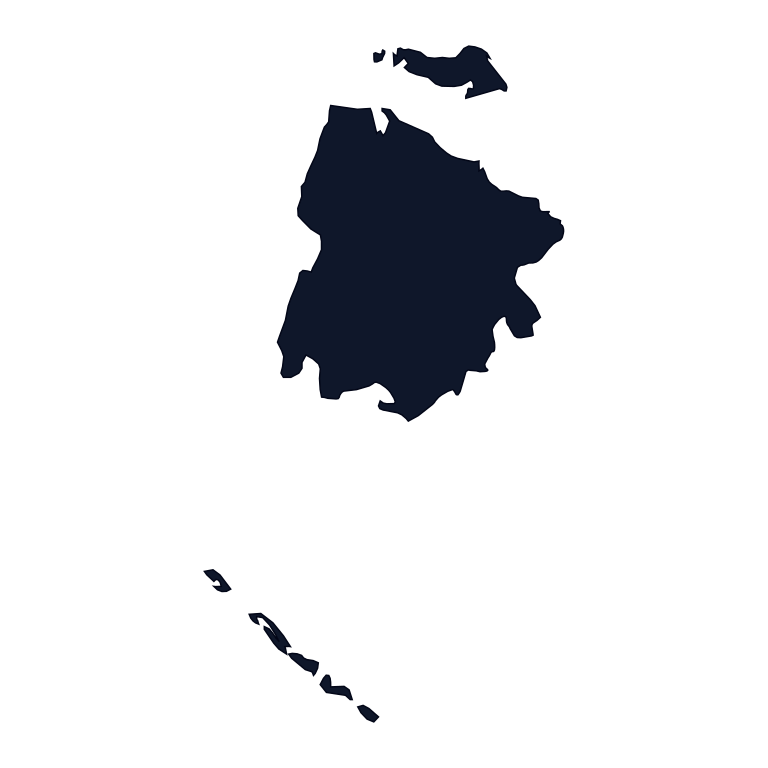 Ciego de Ávila, Equal Earth projection
{"feature_id": "CUB-1363", "entity_name": "Ciego de Ávila", "entity_type": "Province", "adm_level": 1, "iso_a3": "CUB", "parent_name": "Cuba", "parent_adm1": "", "projection": "equal_earth", "projection_center": [-78.664, 21.637], "detail": "fine", "context": "isolated", "style": "filled", "palette": "ink", "viewbox_px": 768, "rotation_deg": 0, "n_neighbors": 0, "source": "natural_earth", "source_scale": "10m", "svg_char_len": 4712}
<svg xmlns="http://www.w3.org/2000/svg" viewBox="0 0 768 768"><path d="M330.7,105.5L357.4,109.3L370.2,108.5L371.6,112.1L376.7,133.4L377.7,132.4L380.3,130.9L383.0,135.6L385.5,132.7L389.7,121.1L386.3,115.0L384.4,112.7L382.1,111.0L382.1,108.5L390.2,109.8L398.9,120.7L428.6,133.8L432.4,137.2L434.7,141.9L440.1,147.6L446.4,152.9L451.1,156.0L457.6,158.4L474.0,161.9L479.0,161.0L478.9,163.4L479.1,168.5L479.0,170.9L481.8,169.2L482.9,168.2L484.7,171.8L487.2,178.8L489.2,182.0L491.7,184.3L496.5,187.5L498.7,189.7L500.8,191.2L503.4,191.2L506.3,190.9L508.9,191.1L518.2,195.8L522.4,197.3L535.9,198.5L538.2,200.1L538.8,203.7L539.0,207.8L540.4,211.0L542.7,211.7L549.7,211.6L548.8,212.1L547.9,213.5L550.7,216.8L554.1,218.4L557.6,219.4L560.5,220.7L560.1,223.9L562.4,225.8L563.0,227.1L563.5,229.1L563.6,231.2L563.3,233.3L562.3,237.2L561.3,238.9L559.8,240.2L556.2,241.8L553.0,244.1L548.2,249.2L541.6,257.8L538.6,260.5L536.2,262.0L532.9,262.9L528.7,263.0L524.2,264.8L522.6,265.1L520.8,265.2L518.9,266.4L517.4,267.4L514.3,278.1L516.0,284.4L517.0,285.7L530.3,299.7L535.0,305.7L540.4,317.3L537.0,320.4L533.1,323.0L532.3,324.0L531.9,325.0L531.8,326.5L533.0,333.9L533.1,335.2L531.5,335.9L520.9,337.7L517.2,337.5L514.4,335.8L510.2,328.7L509.3,326.7L507.6,324.6L506.8,322.7L506.5,321.0L506.4,318.8L506.2,317.6L505.7,316.8L505.0,316.4L503.8,316.3L501.5,317.3L498.7,319.5L494.6,324.5L493.0,327.5L492.1,329.5L493.0,336.3L494.4,342.2L494.6,344.4L494.7,347.3L494.5,349.6L494.1,350.9L493.4,351.5L492.0,351.7L491.0,352.4L489.3,355.8L488.0,357.8L484.7,364.0L485.1,366.6L486.0,368.3L487.3,369.3L487.8,370.1L487.0,371.0L485.1,371.4L480.0,371.7L476.3,370.8L470.0,370.3L468.5,369.9L466.0,371.4L463.4,380.4L460.2,391.2L459.4,392.7L457.9,394.8L456.8,394.8L456.1,394.4L455.6,393.5L455.1,392.5L453.7,390.4L453.1,389.8L452.4,389.6L447.7,391.3L441.5,394.9L438.5,397.2L435.3,400.9L434.4,402.4L432.5,404.4L418.3,415.6L408.3,421.1L406.3,418.6L401.8,414.8L397.6,412.8L383.1,410.0L379.8,408.6L378.5,405.9L380.2,400.9L383.3,403.1L386.8,403.8L394.3,403.6L395.3,401.9L394.0,398.2L390.5,392.4L388.7,390.2L385.9,387.6L380.2,383.6L376.2,382.1L374.3,382.5L372.5,383.9L369.1,385.9L356.5,389.6L343.8,391.1L342.4,391.8L340.9,393.4L339.7,395.4L339.2,397.2L338.2,398.6L336.1,398.9L327.8,398.3L324.5,397.4L321.6,397.1L320.2,389.6L319.5,378.4L320.3,368.8L318.7,364.0L312.7,358.7L306.0,355.0L302.0,362.4L302.0,368.3L298.8,373.1L290.9,377.3L283.4,377.3L281.0,373.1L282.6,366.7L283.8,356.6L281.8,350.7L277.5,342.2L279.5,336.4L285.4,320.4L288.2,306.1L291.0,298.1L295.0,288.5L298.1,280.6L299.7,273.1L302.9,270.5L307.3,271.0L311.2,272.1L312.8,267.8L317.6,258.8L321.5,249.7L321.5,241.2L320.4,234.9L316.8,232.7L310.9,229.0L302.5,220.5L298.2,215.7L297.8,208.3L301.8,196.6L301.4,186.5L305.0,182.3L307.3,173.8L310.9,165.8L314.9,157.3L317.6,150.5L320.0,138.8L322.8,131.3L324.4,127.1L326.8,124.5L328.7,121.8L329.5,110.7L330.7,105.5ZM466.8,82.3L461.5,85.2L454.1,86.4L441.8,86.1L435.6,83.8L428.2,77.3L417.0,74.7L409.1,71.6L404.4,67.5L408.3,63.5L404.1,57.7L398.6,62.9L394.1,65.9L393.4,53.5L394.4,54.5L397.0,56.0L397.9,48.8L400.4,48.1L403.3,49.7L405.4,49.8L408.4,49.2L420.4,52.3L427.0,57.5L434.7,58.3L442.4,57.5L449.2,58.3L455.8,57.8L460.1,53.4L463.9,48.5L468.7,46.1L474.9,46.9L481.4,49.1L486.9,53.0L490.0,58.3L489.0,57.8L486.5,56.0L487.7,60.9L505.9,84.1L506.9,87.3L506.1,90.9L504.1,90.9L501.7,89.4L499.5,88.6L465.8,98.3L465.8,96.1L466.3,94.9L467.0,94.0L467.6,92.5L467.8,89.7L468.6,88.4L470.4,88.5L472.2,89.0L473.4,88.6L473.6,85.2L472.6,81.6L470.4,80.0L466.8,82.3ZM290.4,646.6L289.0,646.4L284.8,646.6L285.5,648.7L286.6,654.1L278.9,649.1L273.8,643.2L264.3,629.3L264.3,626.6L269.1,628.9L272.6,633.1L275.7,637.8L279.2,641.8L275.6,634.5L269.6,625.0L262.7,617.6L256.7,616.6L256.7,619.3L257.6,620.6L257.9,621.3L258.0,622.2L258.7,624.1L255.6,622.9L253.0,620.9L250.8,618.1L249.2,614.3L260.8,613.5L272.9,622.8L283.5,635.9L290.4,646.6ZM330.7,686.9L344.1,686.4L349.1,689.9L352.2,699.6L350.2,699.6L345.5,695.3L326.4,692.4L320.2,684.6L323.5,678.3L326.2,675.2L328.8,675.5L330.1,678.3L330.6,682.1L330.7,686.9ZM303.6,658.0L306.8,659.6L313.2,660.6L318.3,662.8L317.6,668.2L315.2,673.4L313.5,675.4L312.7,673.1L311.8,671.7L305.3,669.6L291.6,658.2L288.7,654.1L292.2,653.4L297.1,653.8L301.6,655.4L303.6,658.0ZM204.4,571.4L213.0,569.8L220.0,575.0L230.7,589.1L226.5,591.3L221.9,591.5L217.5,589.8L213.9,586.4L215.7,586.6L221.3,586.4L220.2,582.4L218.2,579.9L215.9,579.4L213.9,581.4L206.8,574.8L204.4,571.4ZM357.8,706.9L363.1,705.4L368.9,708.5L378.5,716.9L373.8,721.9L367.1,719.1L361.0,712.7L357.8,706.9ZM382.2,51.0L382.8,50.0L384.7,51.2L384.6,53.5L382.6,57.5L381.9,59.8L376.9,61.9L374.5,61.8L374.0,59.5L373.9,53.5L375.5,52.8L379.3,54.2L381.9,53.7L382.2,51.0Z" fill="#0f172a" stroke="#020617" stroke-width="1.5"/></svg>